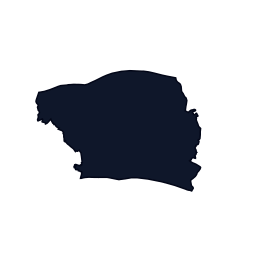 the district of Mo Cay Nam, Bến Tre, Vietnam, rotated 133°
{"feature_id": "81297802B48166206611574", "entity_name": "Mo Cay Nam", "entity_type": "district", "adm_level": 2, "iso_a3": "VNM", "parent_name": "Vietnam", "parent_adm1": "Bến Tre", "projection": "albers", "projection_center": [106.374, 10.071], "detail": "fine", "context": "isolated", "style": "filled", "palette": "ink", "viewbox_px": 256, "rotation_deg": 133, "n_neighbors": 0, "source": "geoboundaries", "source_scale": "gbopen_adm2", "svg_char_len": 5463}
<svg xmlns="http://www.w3.org/2000/svg" viewBox="0 0 256 256"><g transform="rotate(133 128 128)"><path d="M91.2,171.5L98.8,176.9L104.0,179.6L107.9,181.3L115.7,184.2L120.2,186.1L122.1,186.8L123.3,187.3L124.6,188.1L126.1,189.1L126.3,189.4L127.9,191.5L129.6,193.5L133.4,197.7L135.6,199.7L136.9,201.0L138.6,202.2L140.1,203.6L142.9,206.1L143.8,206.6L145.4,207.5L146.5,208.0L150.5,209.9L153.0,211.1L158.3,214.1L161.9,216.8L162.7,217.5L169.2,214.6L170.6,213.9L171.3,213.4L171.5,213.1L171.9,212.4L172.1,211.8L172.2,211.0L172.2,210.4L172.3,209.7L172.5,209.4L172.6,209.2L173.1,208.9L174.5,208.4L174.9,207.7L175.0,207.5L175.2,207.3L175.4,207.1L175.6,206.7L175.8,206.2L176.1,206.0L176.2,205.8L176.3,205.5L176.2,204.4L176.3,204.2L176.6,204.1L176.8,203.9L177.0,203.6L177.0,203.4L177.2,203.2L177.7,202.9L178.6,202.8L179.3,202.9L179.5,202.8L179.8,202.8L180.0,202.6L180.2,202.0L181.1,201.2L181.4,200.8L181.6,200.7L181.8,200.6L182.1,200.6L182.5,200.3L183.1,200.1L183.4,200.0L183.5,199.8L183.7,199.5L183.8,199.4L184.1,199.2L184.2,198.7L183.9,198.5L183.7,198.4L183.3,198.3L182.9,198.1L182.5,197.9L181.8,197.6L180.6,197.2L179.8,196.8L179.8,196.7L179.9,196.3L180.6,195.8L181.4,195.4L181.8,195.3L182.0,195.1L182.1,194.9L181.5,193.9L181.4,193.9L181.1,193.1L180.9,192.7L180.6,192.1L180.6,191.9L181.0,191.5L181.3,191.1L179.9,190.5L178.4,190.4L175.1,190.5L174.1,190.5L174.8,189.1L175.0,188.5L175.4,187.4L175.7,186.4L175.4,186.3L175.9,184.5L175.2,184.2L175.8,181.8L175.8,181.4L175.8,180.8L175.7,180.3L175.4,179.3L175.4,179.1L175.1,178.7L175.0,178.3L176.4,178.2L174.8,174.1L175.3,172.0L176.0,172.0L176.1,171.9L176.3,171.6L176.6,170.5L177.1,170.0L177.7,169.4L177.8,169.4L178.0,169.2L178.5,168.6L179.0,168.0L179.2,167.6L179.3,167.3L179.5,167.2L180.2,166.7L179.9,165.4L181.0,165.7L181.0,164.7L180.6,164.6L180.9,161.5L180.9,160.9L180.8,160.3L180.7,159.4L180.7,157.9L180.7,157.4L180.6,156.2L180.4,153.7L180.5,153.1L180.8,151.8L180.9,151.4L181.1,150.4L180.8,150.4L180.6,150.3L180.3,150.3L180.0,150.1L179.9,149.8L179.7,149.4L179.5,149.1L177.6,148.5L178.0,146.9L178.0,146.3L178.1,145.7L180.6,142.5L182.9,139.8L184.0,138.5L184.3,138.0L185.0,138.4L186.4,136.8L187.4,137.6L187.7,137.3L187.6,137.0L187.8,136.9L188.2,137.3L188.4,137.4L189.3,139.2L190.3,141.4L190.5,141.5L191.2,141.9L191.3,141.9L191.5,141.8L191.5,141.7L191.4,141.5L191.2,141.4L191.2,141.2L191.2,140.7L191.1,140.4L191.3,140.2L191.6,140.3L191.8,140.4L192.0,140.6L192.2,141.0L192.4,141.2L192.6,141.3L193.0,141.2L193.4,140.7L193.7,140.3L193.7,140.2L193.0,140.0L192.8,139.9L192.8,139.7L193.2,139.2L193.6,138.7L194.0,138.2L194.0,137.8L194.0,137.6L193.9,137.5L193.6,137.2L193.4,137.1L192.8,137.0L192.6,136.9L192.5,136.6L192.4,136.4L192.5,136.1L192.7,135.9L192.9,135.7L193.1,135.5L193.2,135.3L193.2,135.2L192.6,134.4L192.5,134.2L192.4,134.0L192.4,133.6L192.4,133.2L192.2,132.8L191.9,132.6L191.6,132.3L191.6,132.1L191.7,131.7L191.9,131.5L192.3,131.3L193.8,130.2L196.2,129.0L197.2,128.4L196.7,127.9L194.8,126.7L193.5,125.7L190.6,123.1L188.1,120.2L184.2,115.9L180.1,111.6L178.3,109.6L177.1,107.8L176.0,106.0L174.4,103.4L173.6,102.1L172.2,99.9L171.9,99.4L171.2,98.9L167.1,95.5L162.0,91.6L158.1,87.4L151.6,78.5L150.8,77.2L149.7,75.4L148.5,73.5L147.6,72.0L146.6,70.4L144.6,67.2L144.0,66.1L143.3,64.9L142.9,64.0L142.4,63.2L140.2,58.9L138.0,54.6L133.3,43.9L132.9,42.7L132.2,41.4L131.4,40.3L130.9,39.2L130.6,38.5L127.6,39.2L127.4,39.5L127.1,39.9L127.0,40.3L127.0,40.9L127.0,41.4L126.9,42.1L126.8,42.3L126.7,42.6L124.9,45.0L124.1,46.0L123.6,46.3L123.1,46.5L122.2,46.5L121.3,46.2L120.3,46.1L119.3,46.0L117.5,45.8L116.0,46.0L114.8,46.3L114.1,46.7L113.8,46.8L113.2,46.9L112.8,47.0L111.1,47.0L110.4,47.1L109.9,47.2L108.8,47.3L108.2,47.6L107.6,47.8L107.3,48.1L107.2,48.5L107.3,49.4L108.1,53.4L108.6,54.9L109.5,57.3L109.7,58.6L109.9,59.3L110.0,59.8L110.0,60.6L109.6,60.5L109.4,60.4L109.4,60.1L109.2,59.9L109.0,60.0L108.9,60.4L108.8,60.5L108.6,60.5L108.1,60.3L107.8,60.3L107.6,60.4L107.0,60.6L106.7,60.6L105.9,60.5L105.6,60.5L105.4,60.3L105.3,60.2L105.1,59.9L104.9,59.3L104.7,58.8L104.5,58.5L104.3,59.1L104.1,59.0L103.8,58.8L103.6,58.5L103.1,59.2L102.5,60.2L102.4,60.5L101.8,60.3L101.1,60.3L100.5,60.6L99.6,61.1L99.3,61.2L98.9,61.1L98.8,62.1L98.7,62.3L98.3,62.5L98.1,62.7L98.1,63.0L97.6,63.5L97.4,64.0L97.4,64.4L97.3,64.6L97.1,65.0L96.4,65.7L96.3,65.8L95.6,65.8L95.1,65.8L94.8,65.9L94.6,66.4L94.5,66.5L94.2,66.4L92.1,65.6L91.4,65.8L91.1,66.0L90.1,66.5L89.7,66.7L89.4,67.0L89.2,67.3L89.2,67.6L89.2,68.0L89.2,68.3L88.6,68.5L88.4,68.6L88.0,68.3L87.7,68.1L87.2,68.1L86.7,68.2L83.5,70.7L81.5,72.6L78.8,74.6L78.7,77.4L77.4,79.8L75.6,83.6L74.5,84.4L74.1,84.7L73.8,85.2L73.6,85.6L73.2,85.7L72.8,85.6L72.4,85.4L72.0,85.1L71.7,85.0L71.4,85.2L71.2,85.7L71.1,86.2L71.0,86.6L70.6,87.5L70.5,87.8L70.6,88.1L71.0,88.2L72.5,88.2L72.9,88.3L73.1,88.6L73.3,88.9L73.3,89.3L73.1,89.7L72.9,90.2L72.8,90.8L72.7,91.2L72.5,91.6L72.2,91.7L71.8,91.6L70.1,90.8L69.4,90.5L69.2,90.5L68.8,90.9L68.8,91.4L69.0,91.9L69.4,92.4L69.8,92.6L70.5,93.0L71.7,93.9L72.1,94.1L73.0,94.3L74.2,94.5L74.9,94.5L75.5,94.5L76.4,97.8L72.8,100.4L70.7,101.7L67.8,103.7L66.6,105.7L66.4,106.3L66.4,106.7L66.5,107.6L66.5,107.9L65.8,109.7L65.7,110.1L65.3,111.0L64.8,113.5L64.2,114.4L62.8,115.9L61.4,117.5L61.1,118.1L60.6,119.0L60.3,119.9L60.3,120.4L60.3,120.8L60.6,122.7L60.6,123.6L60.5,124.0L60.4,124.5L60.4,124.8L60.1,125.5L59.6,126.2L58.8,127.3L63.4,134.6L66.1,139.1L70.0,146.2L72.3,150.2L73.0,151.3L74.6,153.6L75.9,155.4L76.8,156.3L84.8,165.7L91.2,171.5Z" fill="#0f172a" stroke="#020617" stroke-width="1.5"/></g></svg>